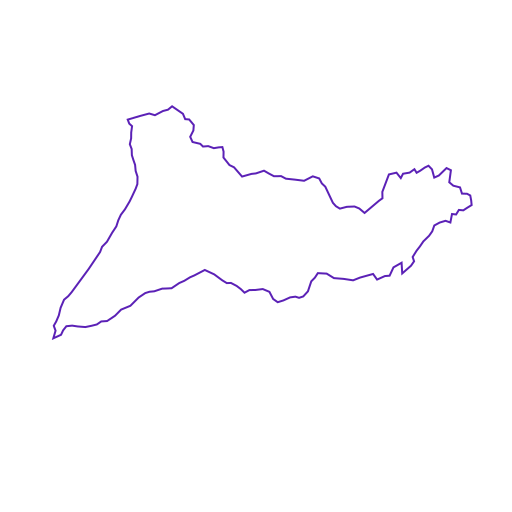 outline of Buritinópolis, Goiás, Brazil, rotated 205°
{"feature_id": "56859067B12630589469330", "entity_name": "Buritinópolis", "entity_type": "district", "adm_level": 2, "iso_a3": "BRA", "parent_name": "Brazil", "parent_adm1": "Goiás", "projection": "equal_earth", "projection_center": [-46.305, -14.393], "detail": "fine", "context": "isolated", "style": "outline", "palette": "violet", "viewbox_px": 512, "rotation_deg": 205, "n_neighbors": 0, "source": "geoboundaries", "source_scale": "gbopen_adm2", "svg_char_len": 2348}
<svg xmlns="http://www.w3.org/2000/svg" viewBox="0 0 512 512"><g transform="rotate(205 256 256)"><path d="M157.5,392.7L157.7,387.8L163.9,390.9L170.0,386.1L168.6,367.5L165.8,361.8L167.9,358.0L175.8,340.9L182.5,342.7L187.6,342.5L194.4,339.0L200.0,334.4L204.6,334.9L208.8,336.7L222.5,348.1L227.0,349.6L231.5,353.0L238.2,352.2L244.2,344.5L252.9,341.7L261.6,338.7L267.0,339.0L273.4,335.9L279.3,336.2L284.8,336.7L291.0,330.8L294.8,328.5L302.2,322.1L313.4,327.1L318.5,327.2L327.1,331.5L329.5,336.9L332.5,340.5L335.7,338.7L339.8,335.9L345.7,335.4L350.3,332.8L353.9,334.1L361.7,332.5L366.0,336.2L365.8,343.3L367.7,348.4L374.3,351.5L378.0,350.1L382.3,354.0L390.6,355.4L395.3,356.2L397.6,351.4L401.6,348.1L407.1,340.9L413.0,340.0L420.4,333.8L429.9,325.4L426.8,322.4L423.2,321.3L421.3,315.2L418.9,309.9L417.6,304.0L413.9,300.4L411.1,294.9L407.5,291.0L404.1,287.5L401.0,282.2L396.9,277.8L393.9,271.0L393.5,266.1L393.5,257.2L393.6,252.0L394.5,242.9L395.9,236.3L395.9,230.2L395.1,223.8L396.2,216.4L397.1,205.9L399.4,199.3L399.0,193.7L402.2,173.4L407.8,145.3L409.2,140.2L411.5,135.3L411.2,126.5L409.6,118.8L409.4,112.2L409.8,107.3L406.1,103.6L404.9,95.8L402.2,98.9L399.4,102.2L399.4,107.1L398.2,112.2L393.2,115.2L387.8,116.8L380.6,119.5L375.5,123.3L371.3,126.7L368.6,131.3L363.5,134.1L358.5,142.3L355.6,150.4L348.8,157.8L344.8,168.8L340.7,175.6L337.4,178.6L333.3,181.0L327.2,186.8L324.0,188.4L318.9,191.1L314.1,199.1L310.5,203.2L306.8,208.8L303.7,212.3L296.5,221.7L286.1,221.7L276.3,219.7L271.0,219.1L267.3,221.0L260.9,220.7L255.8,219.6L250.9,217.9L247.6,222.3L242.1,225.0L235.9,228.9L228.7,229.2L222.3,224.3L216.8,223.3L212.4,227.3L207.6,232.9L203.1,235.8L199.3,236.3L196.1,239.3L194.0,245.9L195.2,256.4L193.5,261.2L192.7,266.6L184.5,269.9L176.0,268.9L166.9,272.3L157.7,275.0L152.6,280.4L142.3,289.2L136.3,285.8L130.7,292.3L126.6,294.6L126.6,303.8L121.2,311.4L116.1,302.0L111.4,312.7L110.5,318.0L113.6,321.3L112.7,328.7L111.5,333.9L110.5,340.0L107.7,347.4L106.7,352.8L107.3,359.0L103.7,363.9L99.1,368.0L94.0,368.5L96.1,376.9L92.2,378.2L91.6,383.5L87.4,385.0L85.2,388.6L82.1,393.3L84.4,397.2L87.4,401.4L91.0,401.6L95.7,399.6L100.1,404.4L106.9,403.1L112.0,404.5L115.6,416.1L120.5,416.2L124.3,406.2L127.6,402.4L133.1,408.9L137.8,410.7L140.4,407.5L143.2,402.7L145.6,399.3L149.1,401.6L152.0,396.5L157.5,392.7Z" fill="none" stroke="#5b21b6" stroke-width="2"/></g></svg>